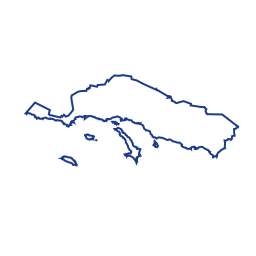 outline of Loreto, Baja California Sur, Mexico, rotated 122°
{"feature_id": "50627088B56392169999769", "entity_name": "Loreto", "entity_type": "district", "adm_level": 2, "iso_a3": "MEX", "parent_name": "Mexico", "parent_adm1": "Baja California Sur", "projection": "robinson", "projection_center": [-111.2, 25.885], "detail": "fine", "context": "isolated", "style": "outline", "palette": "blue", "viewbox_px": 256, "rotation_deg": 122, "n_neighbors": 0, "source": "geoboundaries", "source_scale": "gbopen_adm2", "svg_char_len": 5964}
<svg xmlns="http://www.w3.org/2000/svg" viewBox="0 0 256 256"><g transform="rotate(122 128 128)"><path d="M93.7,35.0L93.2,35.7L89.8,37.4L87.4,39.4L87.2,38.7L85.4,37.2L84.3,37.3L83.2,34.9L83.5,34.5L82.5,34.1L79.7,35.4L78.0,33.5L75.5,35.7L72.6,37.5L71.5,36.2L70.1,36.1L69.2,35.8L69.2,35.1L68.6,35.2L68.5,36.1L68.3,36.3L68.5,36.7L66.6,55.3L74.4,68.3L74.1,69.2L73.3,69.8L73.1,70.8L72.3,71.3L70.5,71.5L70.2,73.0L70.4,73.3L69.7,74.0L71.7,77.7L75.6,86.8L74.1,87.4L75.8,95.2L81.4,100.3L81.3,102.0L81.1,102.4L81.4,104.4L81.7,104.7L81.6,105.4L80.8,105.6L79.5,108.0L78.2,108.7L80.0,108.7L81.3,110.2L79.2,110.0L80.0,111.7L80.2,120.6L80.0,121.6L80.6,123.0L79.9,124.6L80.6,124.5L82.4,137.6L83.1,146.1L84.6,150.7L82.6,152.5L86.0,160.6L87.5,162.0L89.2,164.5L90.5,167.2L94.0,168.6L98.3,169.2L98.0,169.5L98.1,171.0L103.4,170.7L107.6,176.5L109.4,176.1L111.7,182.5L114.3,181.6L114.9,182.7L115.8,182.2L116.6,183.5L118.7,183.0L121.0,186.7L123.7,189.6L130.3,193.0L132.7,191.9L141.6,184.1L148.6,184.9L151.3,186.8L150.7,189.3L153.4,189.8L153.1,190.9L155.0,191.1L157.9,199.9L158.5,200.8L158.2,202.5L154.2,203.8L155.7,220.3L169.8,222.5L169.5,221.8L169.7,221.5L169.1,221.5L168.2,220.7L167.4,217.8L167.6,216.8L166.7,214.9L166.9,213.0L167.3,212.6L167.8,212.9L168.2,212.1L167.6,211.0L168.3,210.2L166.6,209.5L166.6,208.6L167.0,208.3L166.7,207.2L165.4,205.9L165.6,205.0L164.4,204.9L162.8,203.3L162.6,201.1L162.1,199.9L161.7,199.6L161.8,199.2L161.0,198.7L161.1,198.1L160.2,196.8L159.9,192.9L158.8,192.3L158.2,190.3L157.4,189.1L157.2,187.1L158.0,186.6L157.9,184.7L158.7,184.4L157.6,181.7L158.1,180.6L158.6,180.6L158.3,179.2L157.2,179.3L156.6,178.8L156.3,179.1L155.8,178.3L155.5,179.2L154.4,179.1L154.0,178.4L153.2,178.6L153.1,179.5L152.2,179.4L151.6,179.0L151.4,178.1L152.0,177.6L152.0,177.0L151.5,177.8L149.1,177.8L148.4,177.3L148.1,177.9L147.2,178.0L145.9,177.4L145.3,176.2L144.2,175.6L143.4,174.4L142.9,172.9L143.0,172.2L140.7,171.2L140.1,169.9L140.2,169.4L139.7,169.0L139.6,168.4L139.8,168.1L138.8,167.8L138.6,167.1L137.7,166.4L137.3,165.6L137.1,163.2L136.8,163.2L136.4,162.2L136.6,159.9L136.0,159.3L135.8,158.3L136.0,157.3L135.3,157.0L135.3,156.0L134.7,155.0L134.6,154.3L135.1,153.3L134.9,152.4L134.5,152.7L134.2,151.1L133.7,150.1L132.5,150.0L132.7,150.5L132.4,150.8L131.4,150.7L130.4,148.4L129.2,147.4L127.3,146.7L125.8,144.7L123.9,143.4L123.3,140.9L123.6,138.0L124.7,137.9L124.4,138.5L124.7,138.7L125.6,137.9L124.7,137.3L123.9,135.7L122.7,134.6L122.5,135.4L121.7,135.5L120.7,134.7L120.9,133.5L120.6,131.0L119.6,129.0L120.4,127.7L120.4,126.9L120.0,126.2L120.3,124.8L119.3,123.1L119.4,122.8L119.0,122.8L118.1,121.9L118.0,121.2L118.4,120.6L118.0,120.3L118.4,120.3L117.7,117.6L118.1,116.2L120.1,113.8L120.1,112.1L120.5,111.5L120.0,111.0L119.9,109.9L120.1,110.0L119.4,109.1L119.2,108.0L119.8,106.9L121.1,105.7L121.3,103.8L122.4,102.5L122.4,101.4L121.7,100.5L121.6,99.8L121.8,98.1L120.5,97.6L119.4,96.6L118.7,94.5L118.2,94.1L117.4,88.8L117.0,87.7L116.2,87.4L115.4,86.0L115.4,82.1L114.8,81.3L114.2,78.3L113.1,76.6L113.1,75.7L113.5,75.1L113.3,74.7L113.4,73.6L113.7,73.1L114.8,73.0L114.9,70.5L114.1,68.3L114.4,67.4L113.2,64.8L112.2,64.4L112.4,63.5L111.9,63.9L110.3,63.7L109.6,63.1L109.1,61.8L108.8,61.8L108.7,60.8L109.1,60.5L109.9,60.7L110.2,60.3L109.5,59.7L109.9,59.3L109.4,58.8L109.3,59.3L108.9,59.4L108.0,57.9L107.1,57.8L106.3,57.2L105.4,56.3L104.6,54.7L104.6,53.2L104.8,52.7L104.5,49.0L104.2,48.8L104.4,47.7L104.8,47.2L104.8,46.3L105.1,46.2L104.9,45.7L105.7,45.5L106.2,44.5L106.1,41.9L106.5,41.4L106.6,40.6L107.6,40.6L107.8,40.2L106.2,39.6L105.4,38.8L105.3,38.2L105.6,37.5L104.2,37.8L104.1,38.4L100.8,38.5L99.1,37.6L98.1,37.6L96.2,36.7L94.2,35.6L93.7,35.0ZM153.2,102.2L152.5,102.3L152.2,103.0L151.6,102.7L151.4,103.4L150.1,104.3L150.0,103.7L149.3,104.0L148.7,104.7L148.2,104.5L148.1,104.9L147.8,104.8L147.7,104.2L146.0,103.9L145.0,102.7L144.3,103.6L144.6,104.6L143.9,105.1L141.1,106.0L139.4,106.2L139.5,107.1L140.4,108.7L140.2,109.1L140.8,108.9L141.0,109.3L140.7,109.9L140.2,109.8L140.1,111.0L139.8,111.4L140.4,113.0L140.3,113.8L139.8,114.9L138.4,115.9L138.0,117.1L136.8,118.3L136.6,120.0L135.4,121.7L135.7,123.9L135.0,124.9L135.1,126.4L134.7,126.7L134.2,128.0L134.8,130.1L134.4,130.7L133.7,130.7L133.3,132.1L132.6,133.0L133.1,136.6L135.2,137.5L136.0,138.9L136.4,138.2L136.0,136.4L136.1,133.1L137.1,131.6L137.9,131.7L138.6,130.4L138.3,128.4L138.7,127.4L138.5,127.1L139.1,126.4L138.7,125.9L138.9,125.2L139.8,123.6L141.8,121.5L142.0,120.7L143.4,118.4L144.5,117.4L145.7,115.0L146.0,112.9L147.0,112.3L148.2,112.3L149.1,114.1L150.0,114.4L150.9,115.9L151.6,115.8L152.2,116.8L152.6,116.1L152.2,115.1L152.5,114.6L152.1,114.8L151.7,114.3L151.8,112.6L152.0,112.4L151.5,112.7L150.7,112.3L150.3,109.6L150.5,107.5L152.2,103.5L153.2,102.2ZM187.6,154.4L187.0,151.8L186.3,152.0L185.8,153.5L185.3,154.3L184.8,154.3L184.9,154.7L184.1,155.8L184.4,156.2L184.0,156.4L184.0,158.3L183.7,159.2L183.4,159.4L183.7,160.5L183.4,161.0L184.9,163.9L184.8,164.4L185.6,166.7L186.4,167.4L186.4,167.0L187.0,166.9L188.9,168.4L188.7,167.9L189.4,167.4L189.0,165.7L189.1,163.5L188.6,161.3L188.6,160.2L188.2,159.5L187.6,156.8L188.4,155.0L187.6,154.4ZM156.2,151.6L155.3,151.8L155.1,152.6L153.3,152.3L153.2,152.6L153.5,154.1L154.9,157.0L154.6,157.5L154.7,158.5L155.2,159.3L155.6,159.2L155.9,159.8L156.5,160.1L156.8,160.6L157.2,160.4L157.3,159.4L158.7,157.8L158.7,156.5L158.3,154.5L157.3,154.1L157.2,153.4L156.5,153.3L156.2,151.6ZM128.7,93.0L127.1,93.3L126.0,95.3L127.1,96.2L127.1,96.6L125.8,97.9L125.4,98.1L125.2,97.7L125.0,98.4L125.8,98.0L127.1,97.3L129.0,97.3L128.8,95.9L129.3,95.6L129.1,94.9L129.4,94.5L128.7,93.0ZM129.4,138.1L129.3,138.4L129.3,138.5L129.4,138.3L129.8,138.4L129.9,139.4L129.8,140.5L129.5,140.5L129.5,142.1L131.1,144.6L131.5,143.8L130.7,142.9L131.4,141.2L130.9,141.0L130.9,141.3L130.6,140.6L130.9,139.9L130.5,140.0L130.0,138.1L129.4,138.1ZM143.2,169.5L142.2,169.1L142.1,169.8L142.6,169.8L143.2,169.5ZM155.2,148.3L155.2,148.0L155.1,147.6L155.0,148.1L155.2,148.3Z" fill="none" stroke="#1e3a8a" stroke-width="2"/></g></svg>